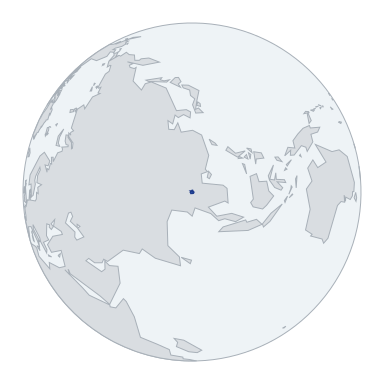 Louang Namtha highlighted on a globe, orthographic projection, rotated 305°
{"feature_id": "LAO-3272", "entity_name": "Louang Namtha", "entity_type": "Province", "adm_level": 1, "iso_a3": "LAO", "parent_name": "Laos", "parent_adm1": "", "projection": "orthographic", "projection_center": [101.159, 20.926], "detail": "fine", "context": "on_globe", "style": "filled", "palette": "blue", "viewbox_px": 384, "rotation_deg": 305, "n_neighbors": 0, "source": "natural_earth", "source_scale": "10m", "svg_char_len": 11023}
<svg xmlns="http://www.w3.org/2000/svg" viewBox="0 0 384 384"><g transform="rotate(305 192 192)"><circle cx="192" cy="192" r="169" fill="#eef3f6" stroke="#a8b0b8"/><path d="M351.3,246.9L351.0,247.9L350.9,248.2L351.3,246.9ZM266.5,40.4L265.3,39.8L268.4,43.3L274.8,47.4L269.1,44.5L284.9,55.1L290.1,61.2L280.9,52.6L277.4,50.5L279.2,53.4L276.0,52.0L275.0,52.8L271.0,51.0L265.9,46.7L263.3,45.6L264.7,47.9L261.6,47.9L259.9,44.7L254.3,44.5L244.8,38.4L243.4,33.1L234.8,30.1L224.5,26.2L222.1,25.9L216.7,24.9L211.9,24.2L211.7,24.2L225.9,26.5L239.8,29.9L253.4,34.6L266.5,40.4ZM209.5,24.0L208.0,23.8L209.4,24.0L208.4,24.1L205.7,23.9L204.6,23.6L205.8,23.6L204.0,23.5L204.5,23.5L209.5,24.0ZM204.1,23.5L202.8,23.4L202.5,23.4L204.1,23.5ZM199.8,23.2L198.8,23.2L195.8,23.1L199.8,23.2ZM280.1,51.0L278.7,49.5L281.2,51.5L280.1,51.0ZM275.6,53.3L277.0,54.3L275.9,54.3L275.6,53.3ZM268.8,51.7L266.5,51.8L267.9,50.9L268.8,51.7ZM264.7,51.3L259.4,51.9L262.1,53.9L251.5,48.9L259.5,49.8L260.8,48.3L262.1,50.1L264.7,51.3ZM211.0,24.2L209.4,24.0L213.3,24.4L211.0,24.2ZM213.8,24.6L227.0,26.9L228.0,27.6L223.4,26.5L226.8,27.8L220.8,26.9L217.6,26.0L218.1,25.6L215.4,25.6L213.8,24.6ZM246.5,46.3L244.5,45.9L245.6,45.5L246.5,46.3ZM208.3,24.1L210.9,24.4L212.0,24.9L207.0,24.5L208.3,24.4L208.3,24.1ZM230.6,28.7L230.5,29.2L225.6,28.6L224.9,28.7L220.7,26.9L230.6,28.7ZM206.7,24.2L204.5,24.3L201.5,24.0L205.9,23.9L206.7,24.2ZM214.4,25.3L214.7,25.6L212.9,25.2L214.4,25.3ZM189.7,23.4L192.8,23.4L193.7,23.6L189.7,23.4ZM203.9,24.4L204.9,24.5L205.6,24.7L203.6,24.7L203.9,24.4ZM217.6,26.7L215.5,26.5L219.0,27.4L215.5,27.2L213.3,26.2L212.8,26.5L211.7,26.5L211.1,25.7L217.6,26.7ZM203.5,25.4L199.5,24.4L193.7,24.2L192.8,23.9L202.4,24.3L203.5,25.4ZM208.1,25.6L205.1,25.4L205.5,25.0L207.8,25.0L208.1,25.6ZM213.9,27.6L219.9,28.1L220.2,28.4L213.9,27.6ZM201.8,25.3L202.8,25.6L201.3,25.4L201.8,25.3ZM210.1,26.9L212.2,27.0L212.4,27.2L210.1,26.9ZM203.0,26.2L201.8,25.8L203.3,25.7L203.0,26.2ZM206.2,26.6L206.1,26.9L204.6,25.9L207.1,26.5L206.2,26.6ZM210.0,27.1L210.8,27.3L209.1,27.1L210.0,27.1ZM198.0,27.1L195.8,25.8L199.2,25.5L200.9,26.7L198.0,27.1ZM59.8,86.7L57.6,89.7L57.7,94.9L56.9,97.2L51.6,103.5L47.5,119.6L52.4,115.5L53.9,126.8L58.3,130.7L69.1,118.3L62.0,111.5L66.0,103.8L75.9,103.4L82.9,110.2L84.7,107.5L84.6,98.2L90.7,95.3L85.1,94.8L84.1,98.3L80.6,98.3L81.3,95.2L83.4,94.1L82.6,91.3L72.7,97.9L70.6,102.1L65.6,99.2L61.6,106.2L58.7,107.9L64.4,96.6L67.2,93.5L74.1,80.4L70.7,83.3L63.9,96.1L64.0,94.2L59.3,99.0L63.0,93.9L71.3,79.9L69.8,78.0L60.1,86.6L60.8,85.6L75.3,69.8L76.3,68.8L73.4,72.9L77.4,69.5L84.6,62.7L83.1,64.7L85.7,62.7L85.3,64.3L91.2,61.7L91.7,63.2L100.3,58.0L101.8,58.2L96.3,61.1L92.7,64.2L94.8,68.8L97.0,68.5L102.5,64.9L102.4,67.0L107.4,63.0L111.7,64.6L110.7,59.6L117.0,56.1L123.1,55.1L125.0,53.2L115.2,54.9L111.4,56.5L108.5,59.2L98.1,63.8L96.0,63.2L106.2,55.6L104.3,54.3L113.1,49.6L134.3,46.8L139.9,48.3L135.8,57.8L130.9,59.1L129.9,56.1L125.0,61.9L128.2,59.9L128.1,61.9L134.2,59.7L134.4,61.0L139.8,56.9L140.8,58.3L137.3,60.9L147.1,59.5L150.8,62.2L152.9,61.3L154.1,59.6L158.0,64.5L159.4,63.7L158.6,61.7L160.9,58.9L166.5,56.1L167.5,57.9L165.6,59.2L163.3,65.0L158.2,68.5L159.2,69.0L163.9,66.4L166.7,59.3L169.7,57.2L169.1,60.3L169.6,59.0L171.4,58.5L174.2,59.9L175.2,56.5L194.0,50.6L201.3,53.4L198.6,56.4L212.8,56.0L219.9,60.2L219.2,58.2L225.5,57.3L223.4,55.9L223.6,55.0L238.9,53.4L243.3,54.9L249.1,53.0L248.7,52.2L245.8,50.9L251.5,48.9L262.1,53.9L262.4,55.6L268.8,58.1L268.5,61.7L271.2,66.3L267.1,69.6L269.7,73.3L271.9,73.9L277.0,79.8L279.7,90.8L267.6,79.1L261.6,64.4L263.2,69.9L259.9,68.0L258.6,69.7L260.0,73.9L262.0,74.8L249.1,80.1L246.5,92.1L253.9,91.6L258.8,95.5L262.3,111.2L249.7,132.6L256.2,140.1L256.8,144.9L251.6,147.9L250.6,140.7L245.1,138.1L245.3,134.0L236.7,137.1L236.7,131.3L230.0,137.0L232.9,141.7L240.5,140.7L234.8,148.8L242.9,157.1L244.2,167.2L231.6,184.7L218.3,189.8L217.6,193.0L212.1,189.2L205.1,195.3L215.4,213.5L215.1,218.6L203.7,227.9L203.4,224.1L189.0,214.1L186.4,226.2L197.3,236.8L201.0,248.7L192.7,244.7L188.9,234.2L183.8,230.3L185.1,219.8L180.7,203.6L172.3,206.0L172.9,199.6L165.6,185.8L153.5,188.6L134.2,203.0L131.6,218.9L125.0,224.9L116.7,199.9L116.8,183.9L111.4,184.2L104.9,169.0L86.7,162.7L86.3,158.2L82.4,158.9L78.2,152.8L78.4,145.5L74.8,144.5L74.9,163.7L78.9,165.0L85.4,160.2L84.4,166.6L88.7,174.0L76.1,185.4L52.7,189.0L54.1,176.6L55.2,139.0L57.3,135.9L57.4,135.4L57.7,134.7L54.0,139.4L55.4,132.4L50.8,157.2L48.5,167.0L52.3,189.5L51.0,190.8L53.4,196.1L65.3,197.0L64.6,200.9L56.7,216.3L43.4,233.1L47.3,250.5L49.9,263.8L46.3,268.2L51.5,279.2L50.3,280.4L53.4,286.1L55.2,290.3L56.3,292.7L49.3,282.5L43.1,271.9L37.7,260.9L33.1,249.4L29.3,237.7L26.5,225.8L24.4,213.6L23.3,201.4L23.1,189.1L23.7,176.8L25.3,164.6L27.7,152.6L31.0,140.7L35.2,129.1L40.2,117.9L46.0,107.0L52.5,96.6L59.8,86.7ZM86.5,125.2L93.2,129.2L96.7,119.1L99.6,120.0L99.7,116.4L96.9,118.4L98.2,109.1L103.5,108.3L106.0,104.4L103.9,102.9L94.1,106.1L92.1,119.1L87.8,121.8L86.5,125.2ZM100.5,51.4L98.2,53.3L95.2,55.0L94.6,54.5L98.9,51.9L100.5,51.4ZM95.6,55.7L105.9,49.1L106.7,49.6L104.5,50.3L104.0,51.3L100.4,52.9L91.1,60.4L87.8,62.5L88.5,59.6L90.0,59.2L92.2,57.1L95.6,55.7ZM130.7,35.5L135.2,33.8L131.2,36.9L127.5,38.2L126.6,37.4L130.5,35.4L130.7,35.5ZM188.7,23.1L192.1,23.1L201.7,23.4L202.2,23.7L200.0,23.8L197.7,23.7L198.1,23.5L194.9,23.6L193.7,23.3L191.1,23.4L179.6,23.5L181.2,23.4L188.7,23.1ZM164.4,25.3L164.8,25.5L167.9,24.9L169.0,24.9L166.1,25.4L171.2,24.7L171.3,24.9L177.4,25.0L184.7,24.5L187.1,24.8L184.3,25.1L188.6,25.2L184.9,26.1L186.6,26.4L184.5,27.8L178.2,28.6L180.5,28.9L179.1,30.3L173.9,31.4L175.2,30.1L168.5,32.4L167.3,31.2L166.6,31.5L163.7,31.2L158.9,31.5L159.2,30.9L157.2,31.3L155.2,31.3L152.6,31.8L152.1,31.0L148.9,31.6L150.5,30.9L145.0,32.2L148.9,30.9L146.7,31.1L144.1,32.3L147.8,29.0L147.2,29.1L164.4,25.3ZM197.3,27.5L189.9,28.2L185.7,28.1L190.9,25.7L190.0,25.4L193.2,24.3L199.3,24.7L197.8,24.9L197.8,25.2L195.9,25.0L197.4,25.4L195.4,25.8L196.0,26.3L193.5,26.4L197.3,27.5ZM59.1,95.7L59.1,96.9L59.7,97.9L56.7,101.2L59.1,95.7ZM64.6,86.2L65.0,86.5L61.1,91.1L61.2,90.1L64.6,86.2ZM68.5,83.0L65.3,86.2L67.1,83.8L68.5,83.0ZM97.0,61.4L97.8,61.7L96.6,62.7L94.6,63.6L97.0,61.4ZM153.7,39.8L155.1,38.6L156.2,38.6L161.7,36.6L163.0,37.6L160.2,39.2L153.7,39.8ZM66.0,119.5L62.8,120.9L63.0,119.0L64.1,118.9L66.0,119.5ZM58.1,110.5L58.3,114.3L57.3,111.4L58.1,110.5ZM156.0,40.5L158.1,39.5L157.4,40.7L156.0,40.5ZM164.2,38.3L164.0,39.5L163.8,37.5L164.2,38.3ZM132.4,344.2L135.9,345.9L133.5,345.4L132.4,344.2ZM65.9,270.3L68.0,290.7L63.4,288.4L59.3,281.0L56.4,267.9L60.6,266.5L61.8,261.3L65.9,270.3ZM243.0,274.9L247.9,275.3L247.7,276.0L243.0,274.9ZM237.9,272.6L243.5,272.6L236.8,274.2L237.9,272.6ZM245.7,272.6L251.5,271.0L254.0,269.7L253.5,271.2L245.7,272.6ZM234.0,272.8L212.7,272.7L204.3,270.6L206.3,268.0L220.0,268.9L234.0,272.8ZM205.7,267.9L192.7,260.0L174.8,236.7L181.2,237.5L199.9,252.0L198.7,254.3L206.6,260.5L205.7,267.9ZM236.9,254.3L235.6,261.2L223.9,260.7L218.6,259.6L214.9,250.6L217.0,246.1L221.4,246.3L238.1,230.6L244.0,234.3L238.9,241.0L243.7,247.0L236.9,254.3ZM132.3,220.6L135.9,230.7L132.3,231.7L132.3,220.6ZM244.8,219.3L238.1,226.4L244.2,217.0L244.8,219.3ZM248.3,210.5L248.8,214.0L245.9,210.7L248.3,210.5ZM217.5,197.9L212.9,198.6L212.7,196.1L218.5,193.7L217.5,197.9ZM245.1,175.7L245.3,183.1L244.5,185.7L242.3,181.2L245.1,175.7ZM170.1,50.8L161.0,52.1L155.4,54.4L153.5,57.5L152.2,53.9L161.0,50.4L170.1,50.8ZM190.9,50.3L192.5,48.1L194.4,49.0L194.3,49.7L190.9,50.3ZM190.0,49.0L187.1,46.4L189.7,45.2L191.5,47.4L190.0,49.0ZM171.2,42.6L168.4,42.8L169.0,41.8L171.2,42.6ZM299.4,322.5L298.4,323.2L308.9,314.0L299.4,322.5ZM278.4,331.7L280.3,328.1L285.6,326.3L281.7,330.2L278.4,331.7ZM321.3,300.7L324.4,296.8L322.3,299.6L321.3,300.7ZM264.4,318.9L232.1,329.9L225.5,329.2L228.1,325.5L224.0,314.4L226.3,314.6L226.0,306.8L245.6,298.7L260.0,284.0L269.8,284.0L277.9,273.1L287.6,272.6L284.1,281.0L293.4,284.6L301.7,265.7L305.4,283.5L310.9,288.3L310.1,298.8L293.0,319.5L285.1,324.4L284.4,323.3L280.9,325.6L276.6,325.9L276.0,320.9L272.4,323.1L276.7,318.4L271.2,322.9L269.7,319.6L264.4,318.9ZM333.2,272.1L334.1,272.1L334.9,274.3L333.5,274.6L333.2,272.1ZM348.8,252.6L348.7,253.7L347.9,254.9L348.8,252.6ZM350.9,248.2L350.0,249.8L351.3,246.9L350.9,248.2ZM340.5,258.8L340.8,259.6L340.3,260.3L340.5,258.8ZM340.2,258.6L341.1,256.4L340.7,258.3L340.2,258.6ZM336.5,250.8L337.3,249.5L337.5,250.2L336.5,250.8ZM255.1,275.0L262.1,269.3L265.7,268.6L255.1,275.0ZM335.7,249.1L334.0,249.5L334.3,248.4L335.7,249.1ZM336.0,246.6L335.9,245.2L336.7,248.2L336.0,246.6ZM332.9,244.5L334.9,246.4L332.6,244.9L332.9,244.5ZM331.5,245.3L330.0,244.7L330.1,244.2L331.5,245.3ZM312.3,252.2L318.4,259.5L313.2,260.5L307.5,256.3L302.4,262.2L291.3,263.1L294.0,259.6L292.7,255.0L280.9,254.5L278.5,251.5L282.8,248.9L274.8,247.2L283.6,244.9L287.0,251.0L291.9,245.3L300.1,245.4L307.9,246.4L313.8,250.0L312.3,252.2ZM283.4,259.2L284.9,259.1L283.5,261.2L283.4,259.2ZM327.0,242.0L329.3,244.5L329.0,245.3L327.8,245.2L327.0,242.0ZM315.3,248.6L321.8,241.9L323.3,241.6L318.9,248.7L315.3,248.6ZM320.3,238.7L323.2,238.8L324.7,241.4L324.1,242.4L320.3,238.7ZM265.5,254.8L265.2,256.7L262.8,255.4L265.5,254.8ZM268.6,253.5L275.5,254.9L267.9,255.1L268.6,253.5ZM247.1,248.4L249.2,252.7L255.8,249.6L250.7,253.8L255.1,260.6L253.5,263.4L249.2,255.9L247.5,263.9L244.6,263.9L243.1,257.2L246.1,248.7L249.0,245.2L260.9,243.2L247.1,248.4ZM268.5,248.3L266.7,243.3L268.1,239.9L270.1,242.4L268.5,248.3ZM261.0,231.4L255.9,225.7L251.4,228.2L260.4,219.5L263.8,226.3L261.0,231.4ZM256.5,218.6L252.3,220.8L256.5,215.8L256.5,218.6ZM251.1,218.9L250.5,214.7L253.9,215.1L251.1,218.9ZM258.7,218.6L259.3,211.5L261.1,215.6L258.7,218.6ZM248.7,205.4L256.2,212.0L246.7,209.4L245.6,195.8L249.7,195.4L248.7,205.4ZM267.0,149.9L265.7,146.1L269.1,145.1L269.1,147.9L267.0,149.9ZM279.1,139.5L269.6,143.6L261.8,147.5L264.5,149.1L263.4,155.6L258.8,149.8L263.8,142.4L269.9,140.8L270.2,135.4L274.2,131.6L272.3,125.1L273.8,122.3L277.4,127.7L279.1,139.5ZM271.2,122.5L269.3,111.3L276.1,112.6L278.1,115.2L276.1,119.7L272.6,118.8L271.2,122.5ZM270.9,109.1L267.5,108.2L257.6,92.9L257.2,90.1L268.3,101.7L265.7,101.6L267.0,105.3L270.9,109.1ZM245.4,46.9L244.6,46.0L246.4,46.8L245.4,46.9ZM222.2,54.3L222.8,53.1L224.9,53.8L222.2,54.3ZM225.4,50.4L222.6,50.4L225.1,49.6L225.4,50.4ZM216.3,50.7L221.2,50.0L217.2,51.8L216.3,50.7Z" fill="#d9dde1" stroke="#a8b0b8" stroke-width="1"/><path d="M192.0,190.2L192.1,190.3L192.0,190.5L192.2,190.8L192.1,191.1L192.3,191.3L192.4,191.2L192.6,191.1L192.9,191.1L193.0,191.1L193.2,191.3L193.3,191.2L193.4,191.3L193.5,191.3L193.7,191.6L193.6,191.8L193.4,191.9L193.3,192.0L193.2,192.2L192.9,192.3L192.8,192.5L192.7,192.6L193.0,192.7L193.1,192.8L193.1,193.1L193.1,193.3L192.9,193.5L192.6,193.8L192.3,193.8L192.2,193.8L191.9,193.8L191.7,193.8L191.6,193.7L191.5,193.4L191.4,193.3L191.2,193.3L191.1,193.1L191.0,192.8L190.9,192.7L190.7,192.4L190.5,192.2L190.3,192.2L190.2,192.1L190.3,191.9L190.3,191.7L190.5,191.6L190.7,191.3L190.8,191.0L190.8,190.9L191.0,190.9L191.3,190.7L191.6,190.6L192.0,190.3L192.0,190.2L192.0,190.2Z" fill="#3b82f6" stroke="#1e3a8a" stroke-width="1.5"/></g></svg>